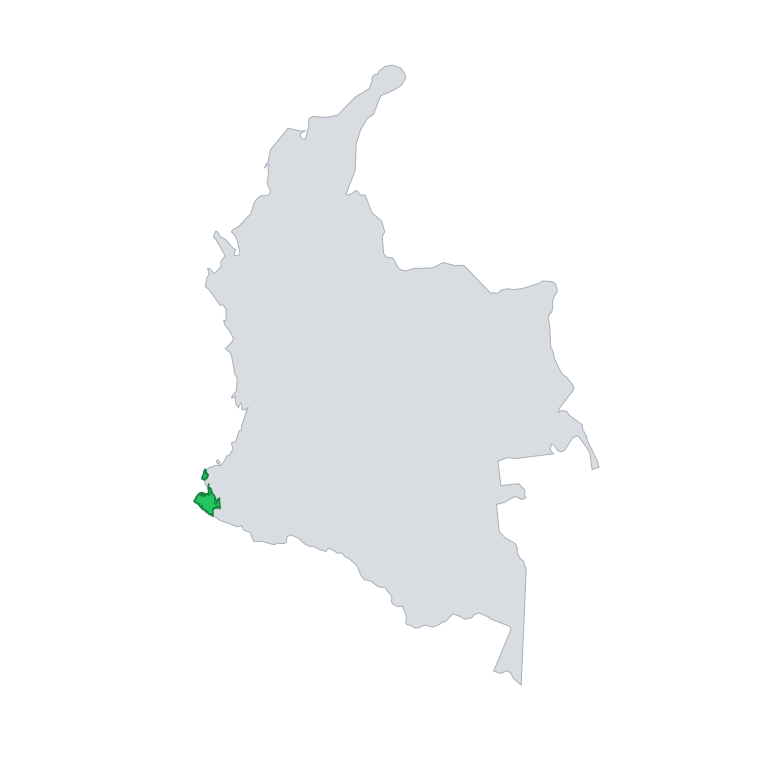 Tumaco, Nariño, Colombia shown in context, rotated 353°
{"feature_id": "7082276B11470740818947", "entity_name": "Tumaco", "entity_type": "district", "adm_level": 2, "iso_a3": "COL", "parent_name": "Colombia", "parent_adm1": "Nariño", "projection": "robinson", "projection_center": [-78.664, 1.822], "detail": "fine", "context": "in_parent", "style": "filled", "palette": "green", "viewbox_px": 768, "rotation_deg": 353, "n_neighbors": 0, "source": "geoboundaries", "source_scale": "gbopen_adm2", "svg_char_len": 9339}
<svg xmlns="http://www.w3.org/2000/svg" viewBox="0 0 768 768"><g transform="rotate(353 384 384)"><path d="M437.0,90.1L429.8,93.4L415.8,97.5L406.3,115.3L399.7,118.4L391.7,128.9L385.8,142.0L381.4,168.5L369.4,191.1L370.4,192.1L375.2,191.1L379.7,188.6L381.3,189.3L383.0,193.3L388.4,194.3L392.9,212.5L401.2,221.8L402.1,225.4L403.2,233.0L400.3,237.6L399.5,254.3L402.0,258.4L408.3,260.1L412.4,270.5L415.0,272.9L418.8,274.5L427.9,272.9L444.3,274.6L448.2,274.3L457.4,270.7L469.1,275.2L477.7,275.9L501.2,307.3L503.6,306.4L506.6,308.2L512.5,305.0L517.6,304.5L524.3,306.1L533.1,306.1L550.9,302.8L553.5,301.0L563.3,302.8L566.2,305.2L567.6,311.0L566.5,314.6L563.1,318.3L561.3,323.0L560.9,328.7L559.2,332.9L556.1,335.6L554.9,339.6L555.6,344.8L554.0,368.5L555.4,370.5L556.5,380.2L560.6,392.9L562.5,396.5L566.0,399.4L572.3,409.8L570.9,413.4L554.9,429.6L554.1,433.4L557.2,431.9L562.1,433.4L563.8,437.3L575.8,448.7L575.6,453.0L579.0,461.5L578.5,463.4L586.8,487.7L587.1,492.8L580.2,494.3L579.9,478.0L578.9,474.7L571.1,460.2L569.5,459.0L564.3,460.7L555.6,471.4L551.6,473.0L548.4,471.5L545.1,465.1L543.0,463.9L540.9,469.3L543.6,474.0L505.3,474.0L497.9,472.0L487.7,474.5L487.6,499.0L505.7,499.4L510.7,506.4L510.2,512.2L511.0,514.2L506.7,515.4L500.3,511.5L489.1,516.2L480.9,517.2L480.4,544.4L485.3,551.2L494.9,558.4L496.3,563.4L495.7,568.0L497.9,573.9L501.1,577.0L501.1,580.5L502.7,584.4L483.5,699.5L476.8,692.5L474.4,686.1L471.1,683.6L464.7,685.5L457.9,682.3L480.0,643.3L479.3,639.8L460.9,630.2L459.0,627.8L450.2,622.7L445.4,624.2L442.6,626.7L435.9,627.5L430.4,623.4L424.0,620.7L416.2,627.2L413.9,627.2L408.4,630.0L402.5,631.1L394.8,628.2L388.6,630.2L384.3,629.8L382.6,627.7L377.1,625.4L376.5,622.8L378.1,617.9L375.7,608.4L374.8,606.8L370.6,606.7L365.7,603.3L364.8,601.2L365.8,597.3L364.9,594.0L360.1,586.4L353.5,584.5L347.1,578.1L340.7,575.9L337.8,571.4L335.0,561.1L328.3,553.2L323.7,550.5L322.2,546.7L317.4,546.3L310.9,541.1L308.0,540.7L306.0,543.2L300.0,540.6L294.9,536.8L289.6,535.8L286.1,533.4L279.8,526.1L273.0,522.5L269.1,523.8L267.8,529.3L265.5,530.2L257.7,528.9L256.4,530.0L254.3,529.8L244.8,525.7L235.4,524.2L233.0,515.1L226.9,511.8L225.1,507.4L220.9,507.9L204.8,499.5L198.1,493.8L192.4,490.6L186.5,484.1L185.5,481.5L180.9,477.7L183.2,472.8L188.7,469.2L195.9,472.0L196.8,466.3L194.2,461.3L195.4,449.9L197.3,447.4L201.3,445.1L203.7,446.0L205.3,444.1L211.2,445.0L213.0,444.2L217.4,439.6L219.4,436.0L221.4,436.3L226.2,430.2L225.4,424.1L229.9,422.7L234.7,412.6L236.7,412.4L237.8,407.6L246.0,391.0L243.0,392.9L239.8,391.8L240.3,386.2L239.3,385.5L236.6,389.8L234.3,385.4L234.9,378.3L231.2,379.7L231.4,378.0L236.8,372.6L239.0,360.4L237.2,356.0L236.1,337.6L235.1,334.1L230.7,329.5L237.7,324.3L240.2,320.3L237.0,312.2L232.9,305.3L232.7,301.2L235.2,301.6L236.2,290.2L233.9,285.9L231.0,285.8L221.7,268.9L218.4,265.5L220.9,257.4L223.7,253.8L223.1,247.7L224.9,248.0L228.9,253.6L230.5,252.7L236.8,247.4L236.9,242.5L241.9,237.3L234.9,220.1L232.5,217.4L235.3,211.9L237.0,212.2L239.7,217.6L244.1,221.1L250.6,230.7L253.4,232.9L251.4,235.0L251.0,237.3L251.9,238.6L255.6,238.9L257.0,236.2L256.0,224.5L254.5,218.7L251.1,214.6L252.2,212.8L258.8,210.0L272.5,198.8L277.2,188.4L280.8,184.6L284.9,182.1L289.9,182.7L293.7,181.4L294.9,178.0L292.3,170.8L295.2,160.8L295.1,155.8L297.0,152.8L296.4,151.6L291.4,155.1L296.5,148.2L300.0,137.4L320.0,118.5L333.0,123.1L337.1,122.8L331.7,125.2L330.9,127.9L332.8,130.8L334.8,131.6L336.5,129.8L340.8,118.7L341.4,112.6L343.3,110.6L346.1,109.8L358.8,112.4L370.9,111.5L390.4,95.7L405.2,89.0L408.9,82.6L409.8,77.7L412.5,75.8L415.3,75.8L417.0,73.1L423.7,68.9L431.0,68.5L438.8,72.1L442.4,78.6L443.0,83.1L437.0,90.1ZM211.4,442.9L210.5,443.8L208.8,442.3L208.2,440.4L209.2,439.0L210.6,439.4L211.4,442.9Z" fill="#d9dde1" stroke="#a8b0b8" stroke-width="1"/><path d="M206.6,477.5L206.1,477.8L206.1,478.1L205.9,477.9L205.6,478.2L205.4,478.1L205.4,478.4L205.5,478.4L205.6,478.7L205.5,478.9L205.3,478.9L205.3,479.1L205.0,479.2L205.0,479.4L204.9,479.4L204.8,479.5L204.7,479.5L204.8,479.4L204.7,479.1L204.4,479.0L204.5,479.2L204.3,479.3L204.0,479.3L204.2,479.9L204.1,480.0L204.1,480.3L204.0,480.7L203.8,480.7L203.8,481.2L203.5,481.4L203.6,481.8L202.7,482.2L202.4,482.8L201.9,482.7L201.4,481.7L201.5,480.9L201.8,480.3L202.9,479.0L202.7,478.7L201.9,477.7L201.8,477.3L202.0,477.0L202.8,476.8L202.9,476.6L202.9,476.3L202.1,474.9L201.9,473.7L201.5,473.0L201.1,472.6L200.4,472.3L199.4,471.6L199.7,471.2L200.0,471.1L200.2,470.8L200.2,470.1L200.0,469.7L199.8,469.4L199.3,469.0L199.6,468.7L199.8,468.2L199.7,467.9L199.7,467.3L199.0,466.2L198.6,465.8L197.9,465.5L197.3,464.6L197.4,463.7L197.9,462.4L197.8,462.1L197.5,462.5L197.2,463.6L197.3,463.7L197.1,463.9L197.0,464.3L197.2,464.7L197.2,465.2L197.4,465.4L197.3,465.5L197.4,465.9L197.2,466.0L197.4,466.1L197.5,466.6L197.3,466.7L197.4,467.1L197.2,467.4L196.9,467.2L196.8,467.3L197.0,468.8L197.0,469.1L197.0,469.3L197.0,469.5L196.8,469.7L196.8,470.8L197.1,470.9L196.3,471.3L196.5,471.6L196.4,472.5L196.7,472.6L196.2,473.1L195.7,473.2L196.1,473.1L196.2,472.9L195.8,471.8L195.6,471.8L195.3,472.1L195.1,472.0L195.1,471.7L195.3,471.4L195.1,471.2L193.8,471.3L193.4,471.3L193.3,471.5L193.3,471.9L193.1,471.6L192.5,471.4L192.2,471.7L192.6,472.5L192.4,472.9L192.2,473.0L192.5,472.6L192.1,471.9L192.0,471.4L191.9,471.6L192.0,472.0L191.8,472.2L191.6,472.1L191.8,472.1L191.6,471.8L191.2,471.3L191.2,472.2L191.2,472.9L191.3,473.0L191.1,473.0L190.8,473.6L190.8,473.2L190.5,473.1L190.1,473.2L189.9,473.0L189.7,473.2L189.9,472.9L190.2,473.0L190.8,472.9L190.9,472.7L190.6,472.1L190.5,472.3L190.3,472.3L190.3,472.2L190.2,472.3L190.3,472.3L190.3,472.5L190.2,472.3L190.2,472.2L190.3,472.2L190.5,472.3L190.5,472.1L190.9,472.4L190.5,471.5L190.5,471.1L190.4,471.2L190.3,471.6L190.3,471.3L190.0,471.3L190.3,471.2L189.9,471.1L189.8,471.4L190.0,471.8L189.9,471.9L189.9,471.7L189.5,471.4L189.4,471.2L189.3,471.3L189.6,471.6L188.9,471.3L189.2,471.3L189.0,471.1L189.1,470.9L189.7,470.8L189.7,470.6L189.8,470.3L190.0,470.4L190.0,470.8L190.1,470.6L190.2,470.8L190.3,470.6L190.4,470.8L190.4,470.6L190.2,470.5L190.4,470.5L190.5,470.7L190.6,470.3L190.9,470.2L190.8,469.8L189.9,470.3L189.7,470.1L189.2,470.4L189.3,470.4L189.4,470.5L189.5,470.5L189.4,470.4L189.6,470.2L189.6,470.4L189.2,470.8L189.1,471.0L188.8,471.0L188.7,470.9L188.7,470.7L188.6,470.8L188.3,471.1L188.3,471.5L188.2,471.5L188.2,471.3L188.1,471.5L188.0,471.4L188.5,470.4L189.0,470.3L189.1,470.1L189.0,469.9L188.4,470.1L188.4,469.9L188.2,469.9L187.5,470.1L186.7,470.7L186.3,470.9L185.5,472.0L184.5,472.9L184.1,473.5L183.3,474.8L183.3,475.4L183.1,475.5L183.2,475.2L182.7,475.7L181.5,476.4L181.5,476.8L181.7,477.0L181.8,476.9L181.8,477.1L181.4,477.3L181.6,477.5L182.1,478.5L182.3,478.5L182.5,478.7L182.8,478.6L183.1,478.8L184.1,480.0L184.4,480.2L184.6,480.0L185.0,480.7L185.3,480.7L185.8,480.3L186.3,480.4L186.2,480.7L185.9,480.7L186.2,481.4L186.0,481.5L185.9,481.7L186.1,482.4L186.6,483.1L186.8,483.3L187.1,483.2L187.8,483.4L188.5,482.9L188.5,483.1L188.3,483.1L188.1,483.5L187.3,483.9L187.3,484.2L187.8,484.2L187.9,483.9L188.2,484.0L187.8,484.4L187.6,484.4L187.9,484.5L188.0,485.0L188.5,485.1L188.7,485.7L188.8,485.6L188.7,485.8L189.1,485.8L189.3,485.9L189.2,486.4L189.9,486.4L190.3,487.1L190.7,487.4L191.1,487.3L191.3,487.6L191.5,487.7L191.7,488.1L191.7,488.5L191.8,488.4L191.8,488.6L192.0,488.6L192.0,488.8L192.1,488.6L192.3,488.7L192.6,489.1L193.1,489.2L193.0,489.4L193.1,489.5L193.4,490.3L193.6,490.4L193.5,490.8L193.8,491.1L193.8,491.3L193.9,491.1L194.1,491.3L194.3,491.6L194.6,492.0L195.0,491.9L195.4,492.3L195.6,492.1L197.0,492.0L197.1,492.4L196.9,492.7L197.2,492.6L197.5,493.0L197.7,492.9L197.8,493.2L198.0,493.2L197.9,493.6L198.1,493.6L197.9,494.2L198.2,494.1L198.9,488.4L199.1,488.2L198.9,487.9L199.3,487.6L199.2,487.1L199.3,486.9L199.5,487.0L199.6,486.7L200.0,486.8L200.0,486.6L200.4,486.8L200.4,486.7L200.7,486.6L200.7,486.8L200.8,486.4L200.9,486.5L201.1,486.3L201.3,486.4L201.3,486.2L201.6,486.3L201.6,486.1L202.2,485.9L202.6,486.2L202.5,485.9L202.6,485.6L202.8,485.7L203.1,485.3L203.2,485.7L203.4,485.7L203.5,485.6L203.4,485.7L203.5,485.8L203.7,485.4L203.8,485.6L204.4,485.6L204.2,485.9L204.4,486.0L204.5,486.2L204.5,486.5L204.8,486.6L205.0,486.9L205.4,487.0L205.7,487.3L205.7,487.6L206.0,487.6L206.1,487.4L206.3,487.3L206.3,486.8L206.4,486.5L206.2,485.1L206.4,484.2L206.2,483.1L206.5,482.0L206.2,480.7L206.4,479.8L206.6,479.6L206.5,478.9L206.7,478.6L206.6,478.2L206.5,477.9L206.6,477.5ZM196.4,447.3L196.1,446.7L196.3,446.2L195.1,448.2L194.4,449.2L194.1,450.8L194.4,451.1L194.1,451.5L193.9,451.6L193.1,452.6L192.9,453.2L193.1,453.6L192.9,454.0L192.7,454.3L192.4,454.1L192.2,454.6L191.9,454.6L192.0,455.0L191.8,455.3L191.9,455.5L191.9,455.8L192.4,455.5L192.6,455.6L192.7,455.8L192.7,456.6L193.2,456.7L194.0,457.5L194.3,457.4L194.0,456.8L194.0,456.6L194.3,456.3L194.6,456.5L194.8,456.9L195.3,456.5L195.8,456.5L196.8,456.1L196.9,455.8L196.5,455.6L196.5,455.3L197.1,455.0L197.4,454.3L197.8,454.3L198.2,453.7L198.3,453.1L198.5,452.9L198.4,452.5L198.1,452.4L198.0,452.6L197.6,452.2L197.5,451.5L197.3,451.7L197.1,451.5L197.1,451.8L197.1,451.7L196.9,451.8L196.9,451.6L196.9,451.4L196.7,451.4L196.6,451.1L196.4,451.0L196.4,450.8L196.4,450.6L196.6,450.6L196.8,449.7L196.7,449.6L196.4,449.6L196.6,449.1L196.3,449.2L196.2,449.1L196.2,448.8L196.4,448.6L196.3,448.1L196.6,447.8L196.5,447.7L196.3,447.8L196.2,447.7L196.4,447.3Z" fill="#22c55e" stroke="#15803d" stroke-width="1.5"/></g></svg>